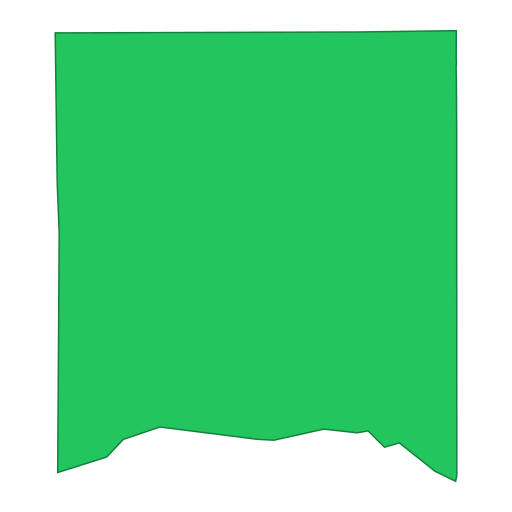 the district of Richland, Wisconsin, United States of America
{"feature_id": "52423323B47110038275791", "entity_name": "Richland", "entity_type": "district", "adm_level": 2, "iso_a3": "USA", "parent_name": "United States of America", "parent_adm1": "Wisconsin", "projection": "orthographic", "projection_center": [-90.361, 43.36], "detail": "fine", "context": "isolated", "style": "filled", "palette": "green", "viewbox_px": 512, "rotation_deg": 0, "n_neighbors": 0, "source": "geoboundaries", "source_scale": "gbopen_adm2", "svg_char_len": 443}
<svg xmlns="http://www.w3.org/2000/svg" viewBox="0 0 512 512"><path d="M356.7,32.0L256.2,32.3L55.2,32.9L57.2,182.7L59.2,233.0L57.7,472.5L106.7,457.0L123.3,439.4L159.9,427.0L257.1,439.3L273.9,440.2L323.8,429.1L357.1,432.8L368.1,430.9L384.5,447.2L399.3,442.9L434.9,471.2L455.6,481.3L456.8,475.7L456.7,232.5L456.7,131.8L456.4,81.3L456.1,67.5L456.4,62.7L456.2,56.2L456.3,30.7L356.7,32.0Z" fill="#22c55e" stroke="#15803d" stroke-width="1.5"/></svg>